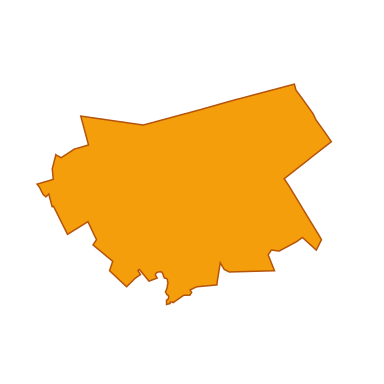 outline of Nogales, Sonora, Mexico, rotated 345°
{"feature_id": "50627088B60868873287779", "entity_name": "Nogales", "entity_type": "district", "adm_level": 2, "iso_a3": "MEX", "parent_name": "Mexico", "parent_adm1": "Sonora", "projection": "equal_earth", "projection_center": [-111.044, 31.194], "detail": "fine", "context": "isolated", "style": "filled", "palette": "amber", "viewbox_px": 384, "rotation_deg": 345, "n_neighbors": 0, "source": "geoboundaries", "source_scale": "gbopen_adm2", "svg_char_len": 3151}
<svg xmlns="http://www.w3.org/2000/svg" viewBox="0 0 384 384"><g transform="rotate(345 192 192)"><path d="M318.8,114.3L283.5,114.2L257.4,114.1L256.5,114.1L256.0,114.1L248.1,114.2L226.4,114.5L225.3,114.5L224.2,114.5L223.7,114.5L223.0,114.6L222.6,114.6L222.1,114.6L221.9,114.6L221.7,114.6L221.3,114.6L221.0,114.6L220.7,114.6L220.0,114.6L219.7,114.6L219.4,114.6L219.1,114.6L218.9,114.6L218.7,114.6L218.4,114.6L218.1,114.6L217.9,114.6L217.7,114.6L217.1,114.6L216.8,114.6L216.3,114.6L215.6,114.6L214.9,114.6L214.5,114.6L214.0,114.6L213.9,114.6L213.5,114.6L213.4,114.6L213.1,114.6L212.6,114.6L212.3,114.6L212.1,114.7L211.5,114.6L211.4,114.6L211.2,114.6L210.7,114.7L210.4,114.7L209.8,114.6L209.1,114.7L208.5,114.7L208.2,114.7L207.9,114.7L207.7,114.7L207.2,114.7L206.1,114.6L162.3,114.7L151.5,110.1L151.2,110.0L104.2,89.9L104.2,119.8L89.4,120.1L76.1,124.5L74.6,125.0L70.5,121.3L70.2,120.7L63.0,133.5L61.3,143.8L58.0,144.0L54.2,144.1L44.4,144.3L46.0,148.2L46.6,151.6L47.6,155.9L49.6,158.9L53.2,156.9L53.1,160.7L53.1,170.0L54.5,170.0L55.1,172.7L57.5,184.5L60.8,200.7L83.8,193.7L85.6,203.7L85.9,205.5L86.9,210.6L87.1,211.5L87.5,213.1L87.3,213.4L82.7,217.5L97.5,238.4L92.0,246.7L104.3,266.6L114.6,260.7L120.9,258.4L119.4,253.9L121.1,253.1L123.8,259.0L125.1,261.9L127.4,267.0L136.1,266.1L135.1,262.8L135.2,262.4L135.3,262.3L135.5,262.1L135.6,261.8L135.7,261.6L135.9,261.4L136.0,261.3L136.3,261.1L136.8,260.9L137.4,260.7L137.9,260.6L138.3,260.6L138.6,260.6L138.9,260.6L139.1,260.6L139.6,260.7L139.8,260.7L140.0,260.7L140.3,260.7L140.5,260.8L140.8,261.0L141.1,261.2L141.3,261.2L141.5,261.2L141.8,261.2L141.9,261.4L142.1,261.8L142.3,262.3L142.5,262.7L142.5,263.0L142.6,263.5L142.7,264.0L142.7,264.5L142.7,265.2L142.7,266.2L142.8,266.6L143.0,267.2L143.1,267.6L143.2,268.1L143.8,268.3L144.2,268.5L144.4,268.7L144.7,268.8L144.9,269.0L145.1,269.3L145.3,269.4L145.4,269.6L145.5,269.8L145.6,270.2L145.6,270.5L145.5,270.8L145.5,271.2L145.4,271.4L145.3,271.7L145.2,271.8L145.1,272.2L145.2,272.4L145.2,272.8L145.2,273.1L145.2,273.4L145.2,273.8L145.2,274.1L145.0,274.4L144.7,274.7L144.4,275.0L144.3,275.3L144.2,275.6L144.1,275.9L143.9,276.3L143.8,276.5L143.8,276.8L143.7,277.2L143.5,277.5L143.4,277.7L142.8,278.5L142.5,279.0L142.1,279.5L141.8,280.2L141.4,280.6L141.1,280.9L140.9,281.1L140.7,281.3L140.6,281.5L140.6,282.2L140.8,282.8L141.0,283.6L141.1,284.1L141.1,284.3L141.1,284.6L141.3,284.8L141.6,285.0L141.8,285.2L142.1,285.4L142.3,285.9L142.3,286.5L142.3,287.1L142.1,288.0L141.6,288.7L141.2,289.3L140.4,289.6L139.4,289.8L138.3,294.1L142.0,294.0L142.4,292.8L144.2,293.0L145.1,294.0L157.3,289.6L163.2,291.1L165.7,288.9L164.8,286.1L171.9,284.8L179.2,286.0L192.0,288.2L193.7,283.9L201.0,267.7L203.1,275.2L207.3,278.9L251.3,289.4L249.3,272.4L253.6,268.6L260.9,271.6L280.0,267.1L285.3,265.1L286.2,264.7L286.9,264.5L297.0,280.3L304.7,271.6L303.6,267.3L302.8,264.5L302.5,263.6L294.5,236.3L293.9,234.1L292.1,227.9L287.2,211.2L285.2,205.1L284.5,203.0L300.7,196.1L304.1,194.6L305.4,194.1L306.4,193.7L319.4,188.0L339.6,179.5L336.2,169.8L334.1,164.2L330.4,154.4L329.2,147.8L323.0,131.2L318.8,120.5L318.8,117.8L318.8,114.3Z" fill="#f59e0b" stroke="#b45309" stroke-width="1.5"/></g></svg>